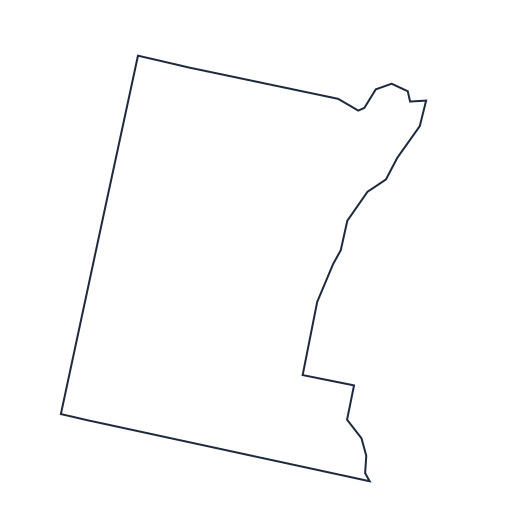 Rusk, Texas, United States of America (orthographic projection), rotated 12°
{"feature_id": "52423323B2750647625909", "entity_name": "Rusk", "entity_type": "district", "adm_level": 2, "iso_a3": "USA", "parent_name": "United States of America", "parent_adm1": "Texas", "projection": "orthographic", "projection_center": [-94.628, 32.126], "detail": "fine", "context": "isolated", "style": "outline", "palette": "slate", "viewbox_px": 512, "rotation_deg": 12, "n_neighbors": 0, "source": "geoboundaries", "source_scale": "gbopen_adm2", "svg_char_len": 497}
<svg xmlns="http://www.w3.org/2000/svg" viewBox="0 0 512 512"><g transform="rotate(12 256 256)"><path d="M98.9,84.6L98.4,247.3L98.0,451.2L126.1,451.7L414.0,452.7L407.9,445.7L405.4,428.5L397.1,412.4L379.1,397.2L378.8,362.2L326.4,362.8L325.4,288.2L333.1,247.9L337.7,232.8L338.0,202.5L351.7,170.0L367.2,154.1L373.8,130.5L389.2,94.9L390.1,68.6L374.6,72.9L370.2,63.3L352.8,59.3L338.5,68.1L331.2,88.6L325.8,92.5L303.7,85.2L151.6,85.6L98.9,84.6Z" fill="none" stroke="#1e293b" stroke-width="2"/></g></svg>